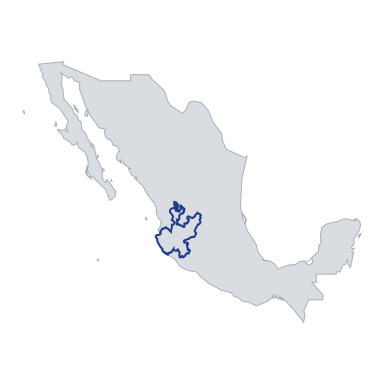 Jalisco highlighted on a map of Mexico
{"feature_id": "MEX-2719", "entity_name": "Jalisco", "entity_type": "State", "adm_level": 1, "iso_a3": "MEX", "parent_name": "Mexico", "parent_adm1": "", "projection": "equal_earth", "projection_center": [-103.449, 20.863], "detail": "fine", "context": "in_parent", "style": "outline", "palette": "blue", "viewbox_px": 384, "rotation_deg": 0, "n_neighbors": 0, "source": "natural_earth", "source_scale": "10m", "svg_char_len": 9333}
<svg xmlns="http://www.w3.org/2000/svg" viewBox="0 0 384 384"><path d="M38.7,64.2L63.6,61.7L62.4,64.5L101.1,80.8L130.5,80.8L130.7,74.6L148.9,74.7L152.0,79.1L164.7,91.1L167.8,101.3L170.1,105.2L182.1,113.2L185.9,110.2L188.8,102.7L192.4,101.1L201.1,102.4L208.4,110.7L213.3,122.7L221.8,133.7L222.4,140.6L226.2,149.3L244.7,157.5L247.1,156.2L241.9,178.6L240.5,205.7L241.4,211.5L246.4,219.4L245.4,223.6L245.6,219.4L241.5,212.7L242.9,218.8L247.9,231.7L256.0,244.0L258.0,251.7L263.7,259.6L262.1,259.4L265.3,261.3L264.3,260.1L270.2,261.1L274.4,263.8L278.2,268.9L288.0,265.1L295.3,264.5L300.1,261.5L305.1,260.9L306.2,262.0L305.9,263.6L310.0,264.7L312.8,262.2L312.0,258.2L310.6,259.2L310.9,258.4L318.4,251.6L318.7,246.1L320.8,242.9L320.6,234.0L321.9,227.4L327.5,223.6L337.6,221.6L342.0,219.3L346.9,218.8L355.2,221.1L355.8,219.6L353.7,219.6L356.4,218.6L359.8,221.5L360.5,225.4L359.1,230.7L354.0,238.8L354.0,244.2L351.4,247.4L351.9,248.6L354.3,248.2L351.9,251.6L352.0,253.0L353.6,252.5L350.8,266.2L350.0,267.4L348.1,264.3L347.6,259.2L345.4,264.5L342.9,264.9L340.0,271.9L336.4,271.8L336.2,274.1L316.2,274.1L316.4,282.4L311.8,282.3L323.0,295.1L322.8,299.8L308.6,299.8L303.7,311.5L305.2,314.5L303.6,322.3L293.1,309.0L284.7,300.0L279.6,296.6L279.0,297.5L283.8,300.5L276.5,297.8L276.9,295.7L275.0,296.6L273.8,294.7L272.5,296.7L275.0,297.7L271.3,298.2L267.7,301.2L256.3,306.0L248.8,302.2L242.6,301.3L238.3,297.8L234.1,296.3L231.4,292.9L221.2,290.2L208.5,283.1L200.3,276.5L196.8,272.0L188.2,270.5L180.1,266.6L175.0,259.3L163.9,252.2L158.0,242.5L156.0,236.5L160.4,233.7L159.7,231.2L157.7,230.4L160.7,225.8L161.0,220.5L158.6,218.6L156.3,213.3L156.4,208.3L154.8,204.0L148.3,195.8L142.7,185.9L133.9,177.5L136.4,179.1L136.6,177.2L131.9,175.4L128.5,168.7L130.9,168.9L124.1,164.4L123.2,162.2L120.6,163.0L120.2,162.0L122.2,159.4L118.8,161.4L116.8,159.5L116.5,155.2L119.0,151.3L119.8,152.0L118.2,148.0L116.1,145.5L113.2,145.6L111.3,140.3L107.8,139.1L105.7,136.9L104.3,132.2L105.3,129.2L99.1,127.8L88.5,113.0L88.0,109.5L86.4,108.4L79.8,90.2L79.4,84.7L80.2,82.9L74.3,80.5L73.0,77.6L71.1,76.6L68.9,78.3L61.0,72.9L62.3,76.4L61.1,83.2L62.7,88.6L63.9,98.9L71.9,108.1L74.4,114.3L75.7,114.0L76.3,115.9L77.5,116.1L78.5,120.1L80.8,121.3L82.0,129.8L86.2,134.0L87.5,138.8L89.4,140.3L90.8,146.0L92.5,147.4L91.6,143.1L93.9,145.6L96.6,158.6L99.2,162.4L102.7,171.8L102.1,175.8L102.9,179.3L105.9,182.8L107.1,179.3L115.9,191.7L115.1,196.3L111.5,199.8L109.5,200.2L105.9,189.9L92.0,176.3L90.7,176.5L87.9,172.2L87.4,169.3L88.3,162.9L87.2,156.9L85.2,152.6L78.5,147.3L77.2,142.2L75.9,144.4L72.4,145.4L69.9,141.9L63.6,138.3L62.7,135.3L58.1,131.0L57.7,129.5L62.6,130.4L65.5,129.1L65.4,130.5L67.8,131.9L67.0,128.4L65.9,128.2L68.4,121.3L59.5,108.3L52.0,102.7L50.8,99.8L50.9,95.0L49.1,93.5L48.6,88.1L46.3,85.8L46.0,82.5L42.8,77.5L42.3,75.2L43.5,73.6L41.2,71.5L38.7,64.2ZM88.1,113.2L87.2,116.5L84.7,115.4L85.8,110.4L87.3,109.9L88.1,113.2ZM78.1,112.5L74.6,108.9L73.8,105.2L75.6,106.4L75.9,108.5L77.7,109.0L78.1,112.5ZM359.2,237.7L358.3,236.6L358.7,235.0L361.0,233.7L359.2,237.7ZM88.0,176.4L85.5,172.9L87.1,165.8L86.6,172.2L88.0,176.4ZM56.4,126.3L54.5,125.8L55.9,122.1L56.7,124.9L56.4,126.3ZM24.6,114.1L23.0,111.7L23.4,110.6L24.0,110.7L24.6,114.1ZM90.1,176.5L91.6,179.3L88.4,176.6L90.1,176.5ZM147.1,218.7L146.7,219.9L145.9,219.4L145.6,217.5L147.1,218.7ZM103.8,169.3L104.3,171.5L102.7,168.7L103.8,169.3ZM97.8,155.1L98.7,156.0L97.3,158.0L97.8,155.1ZM98.7,260.5L98.0,260.8L97.1,259.9L97.9,258.7L98.7,260.5ZM308.6,261.0L306.9,261.5L309.9,260.3L308.6,261.0ZM112.1,181.6L111.2,181.4L111.1,179.3L112.1,181.6Z" fill="#d9dde1" stroke="#a8b0b8" stroke-width="1"/><path d="M167.6,254.6L167.1,254.4L166.7,254.2L166.5,253.7L166.2,253.6L166.1,253.4L165.4,253.5L165.3,253.4L165.4,252.6L165.3,252.4L165.2,252.4L164.8,252.6L164.6,252.5L163.6,252.1L163.3,251.7L163.0,251.4L162.9,250.7L162.8,250.4L162.4,250.2L162.5,249.8L162.5,249.6L162.3,249.3L162.2,248.5L161.9,248.2L161.5,248.2L160.5,247.0L160.0,246.2L159.4,245.0L159.1,244.6L159.0,244.3L158.6,243.8L158.4,243.5L158.2,242.9L157.5,241.7L157.3,240.8L157.3,240.2L157.2,239.2L156.8,238.6L156.4,237.8L156.1,237.6L155.7,236.2L155.8,236.0L157.0,235.0L157.5,235.0L158.3,235.0L158.6,234.8L159.7,234.7L160.0,234.4L160.1,234.1L160.4,234.0L160.6,233.6L160.7,233.4L160.7,232.9L160.5,232.6L160.2,232.4L160.1,232.2L160.4,232.0L160.6,231.5L161.1,230.6L161.9,229.2L162.2,228.8L162.6,228.5L162.8,228.5L162.9,228.8L163.0,228.8L163.2,228.6L163.5,228.7L164.1,228.6L164.6,228.2L165.0,227.7L165.5,227.3L165.9,227.3L166.2,227.4L167.2,228.5L167.4,228.7L168.2,228.8L168.4,228.9L168.9,229.8L169.1,230.0L169.8,230.6L170.0,230.8L170.3,231.3L171.0,231.8L171.0,231.5L171.0,230.5L171.2,229.6L171.8,228.0L171.8,227.7L171.9,226.6L171.8,226.0L171.7,225.1L171.9,224.7L172.4,224.6L173.2,224.6L173.5,224.5L173.7,224.4L174.4,223.4L174.5,223.2L174.5,222.5L174.6,222.3L174.7,222.1L173.3,221.1L171.8,220.0L172.3,219.3L172.4,218.9L172.7,217.5L173.1,216.2L172.4,215.2L171.8,214.3L170.1,212.4L169.9,212.1L169.8,211.8L170.6,209.3L172.2,208.3L172.7,208.1L173.8,208.0L174.5,207.8L174.6,207.7L174.9,206.0L174.9,205.7L174.3,205.0L174.2,204.8L174.3,201.9L176.5,202.5L176.4,203.5L176.3,204.1L176.2,204.4L175.8,204.7L175.7,204.9L175.8,205.8L175.7,206.0L175.3,206.3L175.3,206.5L175.6,207.2L175.6,207.4L175.3,208.1L175.3,208.4L175.3,208.9L175.4,209.8L175.6,210.4L175.7,210.5L176.7,205.0L176.9,204.4L177.1,204.3L177.2,204.5L178.0,204.6L177.9,205.1L178.0,205.2L178.3,205.4L178.4,205.5L178.3,205.9L178.1,206.1L177.9,206.8L177.5,208.4L177.5,208.6L177.8,209.6L177.8,209.9L177.6,210.7L177.6,211.1L177.8,211.4L178.0,211.4L178.3,211.4L178.7,210.9L178.8,210.9L179.3,211.0L179.5,211.3L179.6,211.1L179.9,210.0L180.1,209.6L180.5,209.3L180.6,208.7L180.7,208.3L181.0,208.0L181.1,207.9L180.7,207.6L180.6,207.4L180.3,207.1L180.6,206.3L180.9,205.6L182.3,207.0L182.9,207.6L183.0,207.7L182.9,208.4L183.5,208.2L183.8,208.3L183.9,208.8L184.3,208.7L184.5,208.9L184.4,209.4L184.1,210.3L183.9,210.4L183.5,210.6L183.5,211.0L183.8,211.1L184.0,211.3L184.0,211.6L183.9,212.0L183.5,212.3L183.2,213.1L183.1,213.3L182.7,213.4L182.1,213.2L181.8,213.3L181.5,213.8L181.4,213.9L180.8,214.0L180.6,214.1L179.2,215.7L179.1,216.1L179.3,216.9L179.3,217.5L179.3,218.9L179.1,219.1L178.8,219.2L178.5,219.5L178.2,220.3L178.0,220.5L177.7,220.5L177.0,220.0L177.2,221.0L177.3,222.0L177.3,222.5L177.2,222.8L176.8,223.3L176.8,224.1L176.8,224.3L177.0,224.3L177.6,223.8L177.9,223.7L178.0,223.9L178.2,224.5L178.3,224.7L178.5,224.8L179.2,224.7L179.4,224.7L179.9,225.2L180.1,225.3L180.6,225.2L180.8,225.3L182.4,226.4L182.8,226.6L183.2,226.5L183.5,226.5L184.0,227.0L184.3,226.9L184.4,226.5L184.4,225.8L184.3,223.7L184.4,223.4L184.7,223.4L185.2,223.5L185.5,223.6L185.8,223.5L186.2,223.3L186.7,222.7L186.9,222.6L187.1,222.8L187.0,223.2L187.0,223.3L187.4,223.1L187.4,222.7L187.7,222.2L187.8,222.1L188.2,222.0L188.3,221.8L188.7,220.5L188.9,219.8L188.8,219.3L188.6,219.2L188.2,219.2L187.6,218.8L187.3,218.8L187.2,218.5L187.3,218.1L187.5,216.7L188.2,216.4L188.6,216.3L188.9,216.4L189.4,216.7L190.2,217.3L190.7,217.5L192.6,217.9L192.9,217.8L193.2,217.7L193.5,217.5L194.1,216.8L194.9,216.4L195.0,216.1L195.1,215.3L195.2,215.0L195.4,214.8L195.7,214.7L196.1,214.2L196.6,213.9L196.9,213.7L197.4,212.8L197.5,212.9L198.3,213.6L198.5,213.7L199.0,213.6L199.3,213.7L199.8,214.1L200.3,214.8L200.5,214.8L200.8,214.9L200.9,215.4L200.5,215.9L200.3,216.3L200.2,216.6L200.3,217.0L200.8,217.9L200.7,218.3L199.9,219.1L199.6,219.5L199.7,220.1L200.3,221.4L200.4,221.7L200.4,222.0L200.4,222.5L200.2,223.0L199.9,223.3L199.3,224.1L199.0,224.2L198.2,224.2L198.1,224.4L197.8,225.0L197.3,225.4L197.0,226.2L196.3,227.3L195.3,229.4L194.8,230.6L194.7,231.1L194.8,231.5L195.1,231.9L195.7,232.5L196.0,232.8L196.0,233.0L196.1,233.6L196.0,234.0L195.1,235.3L194.7,236.3L194.7,236.5L193.8,237.0L193.4,237.0L193.2,237.2L192.6,236.9L191.2,237.1L190.4,237.6L190.2,237.7L190.2,237.9L190.1,238.0L189.4,238.3L189.0,238.7L188.7,238.9L188.4,239.0L187.9,239.0L187.6,239.1L187.3,239.4L184.8,240.2L184.4,240.4L184.1,240.6L184.0,240.9L184.1,241.8L184.1,242.2L184.4,242.4L184.5,242.6L184.8,242.5L185.7,242.3L186.2,242.7L186.9,242.7L187.5,242.8L187.6,243.0L187.5,243.6L187.9,243.9L188.1,244.2L187.9,244.5L187.6,244.6L187.3,244.6L187.0,244.7L186.9,245.2L187.0,246.1L187.2,246.7L187.3,247.0L187.5,247.2L187.6,247.6L187.8,248.0L187.7,249.2L187.7,249.8L188.1,249.9L189.2,249.6L189.3,249.7L189.4,250.3L189.6,250.7L189.9,250.9L189.9,251.1L189.4,251.6L189.3,251.8L189.3,252.2L188.7,253.4L188.5,253.5L188.4,253.2L188.2,253.1L187.9,253.0L187.7,253.0L187.4,253.0L187.2,253.4L186.7,253.6L186.2,253.8L185.8,254.2L185.6,254.5L185.5,255.3L185.3,255.7L185.1,255.9L184.2,256.3L183.6,256.7L183.5,257.2L183.3,257.4L183.1,257.3L182.8,256.7L182.7,256.5L182.3,256.6L182.0,256.1L181.9,256.0L181.7,256.0L181.6,256.3L181.4,256.7L181.2,257.1L180.0,257.1L179.8,257.2L179.6,256.5L179.3,255.8L179.2,255.4L179.6,253.9L179.4,252.8L179.6,252.4L179.6,252.2L179.1,251.8L178.9,251.3L178.8,251.1L178.4,250.8L178.0,249.6L177.9,249.4L177.6,249.6L177.2,250.3L176.9,250.5L176.2,250.6L176.1,250.9L175.9,250.9L174.8,250.4L173.5,249.4L173.5,248.9L172.6,250.1L172.5,250.3L172.4,250.9L172.1,251.1L172.0,251.3L171.8,251.9L171.7,252.1L171.3,252.1L171.1,252.1L170.6,252.5L169.9,252.8L169.6,252.6L169.0,252.9L169.0,253.2L169.0,253.3L168.9,253.4L168.6,253.1L168.3,253.0L168.2,253.1L168.1,253.6L167.6,254.2L167.6,254.6Z" fill="none" stroke="#1e3a8a" stroke-width="2"/></svg>